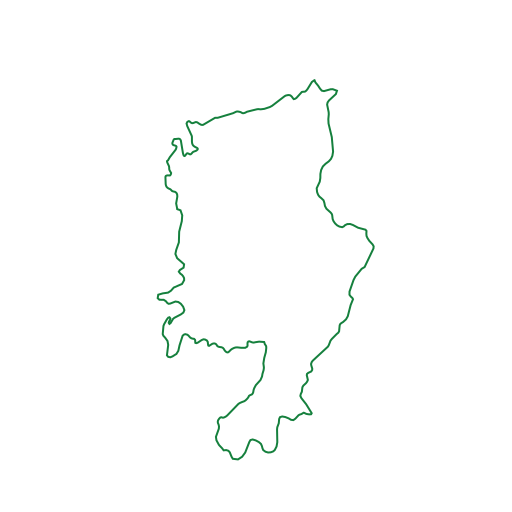 SVG path tracing the border of Osh, rotated 303°
{"feature_id": "KGZ-1122", "entity_name": "Osh", "entity_type": "Region", "adm_level": 1, "iso_a3": "KGZ", "parent_name": "Kyrgyzstan", "parent_adm1": "", "projection": "natural_earth1", "projection_center": [73.025, 40.164], "detail": "fine", "context": "isolated", "style": "outline", "palette": "green", "viewbox_px": 512, "rotation_deg": 303, "n_neighbors": 0, "source": "natural_earth", "source_scale": "10m", "svg_char_len": 5957}
<svg xmlns="http://www.w3.org/2000/svg" viewBox="0 0 512 512"><g transform="rotate(303 256 256)"><path d="M435.3,209.3L434.0,211.2L433.5,212.6L433.4,213.1L432.6,215.5L431.3,218.4L430.5,221.1L431.3,223.2L436.4,227.7L437.7,229.5L438.7,233.9L435.3,234.8L426.2,232.5L423.8,232.4L421.7,233.2L416.2,238.6L414.4,239.9L410.2,242.1L406.6,244.7L397.0,254.8L385.5,263.8L381.6,265.5L378.3,266.0L375.0,265.5L371.2,264.1L367.5,263.3L363.6,263.8L359.9,265.3L356.4,267.5L353.0,269.0L345.9,270.0L343.0,272.3L341.9,273.7L340.9,275.3L340.3,277.1L340.1,279.1L339.5,282.3L337.7,284.5L335.5,286.6L334.0,289.3L333.1,295.0L332.6,296.5L331.8,297.6L328.7,300.2L327.4,302.1L326.4,304.6L325.9,307.3L326.1,309.9L327.1,312.6L328.6,313.5L330.4,313.9L332.5,315.2L334.1,317.5L334.8,320.4L335.3,326.2L337.7,333.5L337.2,335.0L334.8,336.4L333.0,337.8L331.7,339.8L330.4,342.8L329.2,347.5L328.2,349.4L326.3,350.4L305.9,353.1L302.8,351.6L292.8,350.5L288.9,350.9L277.1,353.8L274.4,355.5L273.6,357.6L273.3,359.6L272.6,360.9L266.4,362.1L255.4,365.8L251.9,366.0L248.1,365.0L246.2,364.1L244.9,363.7L243.5,363.9L238.1,366.7L236.5,366.8L234.6,366.2L227.8,364.8L225.6,364.6L220.9,365.6L219.2,365.7L199.1,360.6L197.3,360.5L195.4,361.0L194.3,362.0L192.2,364.5L191.0,365.2L189.2,365.2L186.5,363.5L184.9,363.0L183.7,363.5L180.3,367.0L178.5,367.3L176.6,367.2L173.1,366.3L171.2,366.4L167.1,368.4L164.7,368.7L162.8,369.4L161.5,371.5L159.0,378.8L154.5,388.3L153.3,388.4L153.2,388.3L152.1,386.8L151.1,384.5L150.8,383.2L150.8,382.2L150.5,381.3L148.2,380.2L146.6,378.9L145.6,378.4L141.0,377.6L138.7,376.7L137.7,374.6L137.6,371.8L136.9,368.3L135.7,365.4L133.9,363.9L131.9,364.2L128.1,366.2L124.0,367.1L122.2,368.0L111.4,375.3L107.4,377.0L103.4,377.4L101.4,376.8L99.4,375.3L97.8,373.2L97.0,370.5L97.2,367.7L98.4,366.0L99.8,364.5L101.1,362.5L101.5,359.8L101.2,356.2L100.3,353.1L98.6,351.6L96.4,351.7L85.3,354.0L80.1,353.7L75.6,351.7L73.3,347.0L74.3,344.9L77.1,340.9L77.6,338.9L77.0,336.7L75.4,334.7L76.3,332.3L77.2,328.5L77.5,327.6L79.9,323.2L82.5,320.9L90.9,318.9L92.9,317.8L94.2,316.5L95.3,314.9L96.2,314.2L97.5,313.7L99.5,313.7L101.0,314.0L101.8,314.6L102.4,316.4L103.3,317.2L104.8,318.1L106.5,318.7L122.4,321.8L124.1,322.6L124.8,323.1L125.6,323.6L127.9,325.3L129.4,325.9L131.7,326.4L133.3,326.5L134.9,326.3L135.8,326.7L137.8,328.0L139.0,328.1L140.1,327.9L142.5,326.9L144.2,326.5L147.6,326.2L154.4,327.3L158.2,326.7L160.7,325.6L164.2,324.6L165.8,323.9L167.0,323.2L169.9,320.7L175.1,318.4L180.5,316.7L184.3,314.8L185.2,314.2L185.9,313.6L186.3,312.9L186.9,311.4L188.3,309.7L185.9,305.3L183.5,302.6L182.1,301.2L181.5,299.9L180.9,297.0L180.2,296.2L179.1,296.0L178.0,296.5L176.1,297.8L175.0,297.9L173.2,297.0L170.9,293.5L169.3,290.3L168.2,288.7L167.0,287.7L165.2,286.6L163.7,286.0L160.9,285.4L159.8,284.9L159.4,284.1L159.3,283.1L159.5,282.0L160.0,280.6L160.6,279.5L160.9,278.2L160.7,276.8L159.7,274.7L159.4,273.4L159.5,272.3L160.0,271.4L160.3,270.5L160.2,269.1L159.6,268.1L158.6,267.2L155.1,265.6L154.9,264.9L155.3,264.3L157.7,262.3L158.4,260.8L158.2,258.7L157.5,257.3L155.9,256.2L151.5,254.3L150.4,253.4L150.1,252.5L150.7,251.9L151.7,251.3L152.5,250.5L152.8,249.2L152.1,247.7L151.8,246.6L151.8,245.1L152.5,242.6L152.6,241.3L151.9,239.2L150.7,238.3L149.1,237.9L139.5,240.5L134.2,242.5L130.4,242.6L129.5,242.1L126.4,240.7L124.4,239.3L123.6,237.3L124.2,235.4L133.6,230.8L136.5,228.1L138.0,224.3L138.7,221.7L139.7,220.3L146.9,216.5L148.7,216.1L153.7,215.8L154.5,215.8L156.5,216.0L157.5,216.8L157.0,218.2L155.5,218.7L153.6,218.8L152.4,219.2L151.9,220.4L153.2,220.9L158.1,220.7L159.7,221.2L166.1,224.8L169.0,225.9L171.6,225.4L173.8,222.5L175.0,219.0L175.1,215.9L174.4,214.3L173.9,213.2L169.3,209.9L168.3,208.7L168.3,207.2L169.0,205.0L169.0,202.5L166.7,198.8L167.1,196.5L170.3,195.1L173.9,198.2L177.4,202.2L180.6,203.6L184.7,204.2L192.3,209.2L196.6,208.9L198.3,207.7L199.3,206.0L199.9,204.1L200.0,202.1L200.8,199.8L202.8,199.8L206.8,201.6L209.9,200.2L211.2,191.1L213.8,187.3L217.6,185.8L225.4,183.9L234.6,178.3L244.8,174.8L249.9,172.0L253.2,167.8L252.6,165.1L251.7,164.9L251.8,164.9L253.6,163.3L256.6,160.4L262.9,157.7L264.4,156.6L265.3,155.5L265.6,154.7L265.7,153.8L265.7,153.1L265.4,152.3L265.1,151.5L264.9,150.8L264.8,150.1L265.2,148.6L265.3,147.7L265.0,145.8L265.0,144.6L265.4,143.1L266.2,142.0L267.1,141.1L272.8,137.1L273.5,136.8L274.0,136.8L274.6,137.1L275.2,137.6L275.7,138.3L276.4,139.6L276.6,139.9L277.0,140.1L277.7,140.1L278.5,140.0L279.4,139.6L280.4,137.6L281.1,136.4L281.9,135.7L283.2,134.8L284.0,134.0L286.0,130.8L286.7,130.0L287.1,129.7L287.7,129.9L288.3,130.1L291.9,129.9L301.1,130.7L302.3,130.6L303.8,130.1L304.4,129.8L304.7,129.2L304.7,128.7L304.6,128.1L304.4,127.6L304.2,126.9L304.0,126.1L304.4,125.0L304.9,124.5L305.6,124.2L308.8,123.6L309.4,123.7L309.8,124.0L310.6,125.2L312.0,126.9L312.3,127.3L312.5,127.8L312.6,128.5L312.4,129.2L311.9,130.1L302.8,138.4L301.5,139.8L301.0,140.5L300.8,141.2L300.9,141.6L301.4,141.9L304.2,142.1L304.7,142.4L304.9,142.9L305.1,143.6L305.2,144.5L305.3,145.3L305.7,145.8L306.5,146.1L308.4,146.4L309.1,146.6L309.7,147.0L311.0,148.0L311.9,148.6L313.3,149.0L314.0,148.9L314.4,148.5L314.5,148.0L314.5,147.3L314.3,145.5L314.3,144.4L314.4,143.4L314.8,142.3L315.7,141.1L317.0,140.0L321.1,137.3L321.8,136.6L327.5,127.6L329.3,125.6L331.0,125.4L332.1,125.9L332.6,126.3L332.7,127.0L332.4,128.8L332.6,130.1L333.3,130.9L335.5,132.5L336.0,133.5L336.1,134.8L336.0,136.5L336.2,138.6L336.7,139.6L337.2,140.2L349.6,146.4L351.0,148.5L351.5,149.0L363.3,159.0L366.1,160.7L366.9,161.4L367.4,162.3L368.0,163.8L368.3,164.8L368.4,166.5L368.6,167.2L369.1,167.9L370.3,168.9L372.1,169.9L376.1,173.6L379.6,176.9L380.5,178.0L381.4,179.8L382.2,180.8L384.0,182.9L388.5,186.5L390.7,187.7L405.7,193.0L406.9,193.7L408.3,195.1L408.9,196.0L409.3,196.8L409.4,197.6L409.3,198.3L409.2,199.1L408.9,199.9L408.6,200.6L408.1,202.2L408.9,203.0L410.5,203.8L418.5,205.1L419.3,205.9L420.3,207.3L420.8,207.7L422.1,208.1L424.0,208.3L432.4,208.1L435.2,209.2L435.3,209.3Z" fill="none" stroke="#15803d" stroke-width="2"/></g></svg>